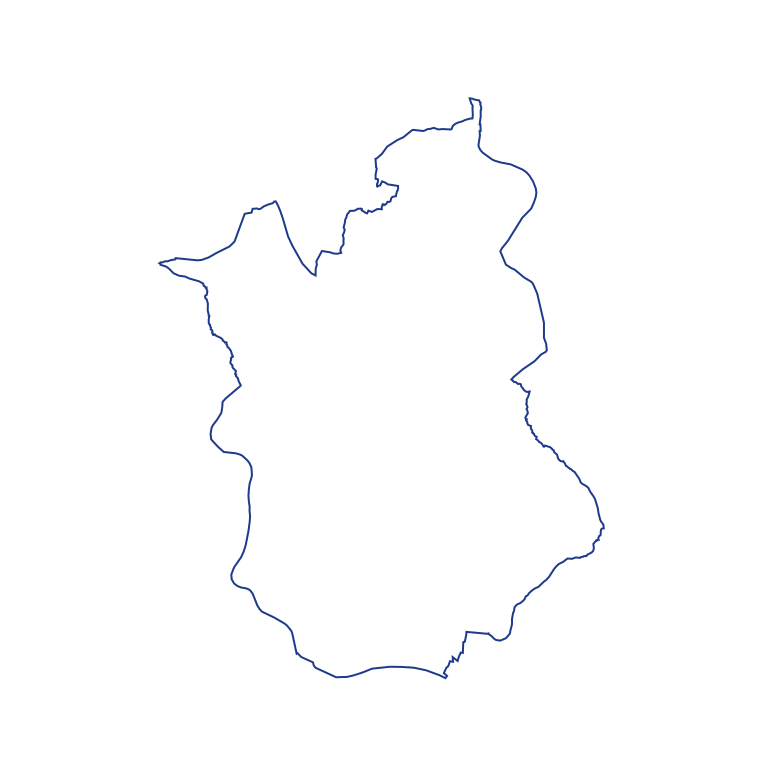 Phra Thong Kham, Nakhon Ratchasima, Thailand, rotated 191°
{"feature_id": "78962969B71557232877153", "entity_name": "Phra Thong Kham", "entity_type": "district", "adm_level": 2, "iso_a3": "THA", "parent_name": "Thailand", "parent_adm1": "Nakhon Ratchasima", "projection": "natural_earth1", "projection_center": [101.984, 15.343], "detail": "fine", "context": "isolated", "style": "outline", "palette": "blue", "viewbox_px": 768, "rotation_deg": 191, "n_neighbors": 0, "source": "geoboundaries", "source_scale": "gbopen_adm2", "svg_char_len": 6146}
<svg xmlns="http://www.w3.org/2000/svg" viewBox="0 0 768 768"><g transform="rotate(191 384 384)"><path d="M145.3,270.7L144.5,271.7L143.5,272.0L144.2,273.2L144.2,274.1L143.7,276.0L142.9,276.5L142.5,277.3L143.0,279.7L143.1,282.8L142.2,283.7L140.7,284.2L141.9,287.9L144.8,290.5L145.9,292.1L148.7,298.0L150.5,303.0L154.8,311.1L156.8,313.6L160.9,317.5L163.6,321.0L165.8,322.3L170.5,323.9L172.1,324.9L174.2,328.2L180.0,333.9L182.1,334.7L184.0,336.0L185.1,336.0L185.6,336.6L186.9,337.0L188.5,338.1L189.6,338.2L191.6,340.9L192.4,341.4L193.3,342.5L194.5,341.9L196.1,342.1L197.4,342.8L198.9,344.1L200.6,347.6L204.1,349.7L204.8,351.4L206.2,351.7L206.6,352.4L208.9,353.7L214.2,354.3L214.7,353.1L215.4,353.0L217.5,355.4L219.3,356.4L220.7,356.7L222.0,358.0L224.2,358.9L224.0,361.2L226.1,361.9L227.3,363.7L227.9,363.7L228.2,364.4L229.3,364.7L229.2,365.4L229.8,366.9L230.9,367.6L231.6,369.3L231.6,370.7L234.8,371.4L235.9,373.0L236.3,374.4L237.6,375.3L237.1,376.6L238.1,376.8L238.7,377.7L238.8,378.4L237.2,382.9L238.4,385.6L239.3,386.5L238.7,388.4L239.3,389.9L240.6,391.4L240.3,392.9L241.0,395.8L240.0,399.4L239.6,404.4L242.0,403.5L243.0,403.6L245.9,405.0L246.2,405.7L248.8,407.8L249.6,409.8L250.8,410.1L252.4,409.6L254.8,411.0L256.7,410.7L257.8,411.6L258.3,411.7L258.9,412.5L259.8,412.7L258.1,415.6L250.5,425.0L240.4,435.3L235.5,442.9L231.3,446.5L230.6,448.1L232.5,454.4L235.8,459.9L238.7,474.7L250.8,501.9L255.8,509.3L257.2,511.1L258.8,512.4L266.6,515.2L277.6,521.2L281.0,522.0L287.1,524.4L295.1,536.4L294.3,539.4L289.5,548.6L280.0,573.6L273.0,584.2L271.5,590.8L270.7,596.7L270.9,600.7L272.2,604.7L276.4,611.4L281.2,616.5L284.8,619.1L288.8,620.9L301.7,623.8L311.6,623.7L317.8,624.3L320.7,625.0L331.4,630.0L334.4,632.4L336.4,635.3L336.9,636.8L337.2,646.0L338.4,650.5L337.4,650.8L338.9,657.3L339.7,657.2L340.1,664.9L341.3,671.1L341.0,671.6L341.3,673.9L342.8,676.9L342.9,678.5L343.5,678.7L344.7,680.5L349.7,680.5L352.1,681.0L354.4,680.7L351.9,676.1L350.0,674.1L349.8,671.8L348.2,665.3L347.8,661.6L350.5,660.8L354.6,658.7L357.7,656.5L361.1,654.8L363.7,652.9L365.4,651.0L366.0,649.3L366.2,647.3L367.0,646.6L375.3,645.4L379.0,644.3L384.1,644.9L387.6,643.1L390.1,642.4L392.3,640.6L394.0,639.8L403.5,639.1L404.9,638.5L412.0,630.0L417.7,625.8L426.2,617.6L429.9,609.6L434.0,604.3L435.3,603.4L433.1,595.2L432.2,594.2L432.2,587.9L431.4,583.8L429.3,583.9L428.8,583.5L428.6,580.2L429.0,579.1L428.6,576.8L428.2,576.5L427.5,577.4L425.6,578.2L424.5,582.6L421.1,581.9L418.4,580.7L408.0,581.1L407.5,578.8L407.5,576.5L407.9,576.1L408.1,575.0L408.2,570.5L409.5,570.2L411.8,568.9L412.4,567.5L412.5,564.6L413.6,563.7L415.4,563.5L415.9,561.6L416.9,560.4L417.9,559.7L418.3,560.3L419.6,560.2L420.0,557.0L419.5,555.1L423.9,554.5L428.7,550.6L432.4,551.2L433.1,548.3L434.3,548.4L439.1,550.3L439.1,551.6L439.8,551.8L443.5,550.9L444.1,549.9L446.6,548.3L450.6,547.4L451.0,546.1L452.5,543.6L452.8,540.0L453.4,538.0L453.2,534.1L453.5,530.6L453.4,529.8L452.1,528.1L452.0,526.0L452.8,522.0L451.4,519.3L451.2,517.2L450.5,514.2L450.5,512.9L451.9,510.4L452.3,508.3L452.3,506.7L451.0,504.6L454.8,502.9L458.5,502.5L461.9,503.0L470.3,502.7L473.8,491.4L472.7,488.5L473.0,483.9L471.9,477.5L476.4,478.8L487.0,486.6L500.5,502.5L506.3,510.5L514.8,527.0L518.7,533.8L522.2,539.1L525.1,542.6L526.5,542.2L527.7,540.3L532.4,537.8L535.8,535.5L538.9,532.2L540.3,531.7L542.1,532.1L546.4,530.9L546.7,527.0L553.2,524.5L557.9,495.3L561.9,489.5L573.5,480.6L580.5,474.6L586.7,471.0L590.7,469.8L612.5,467.8L612.4,466.9L613.0,466.3L616.0,465.3L620.3,463.0L622.5,462.6L624.8,461.0L626.6,460.8L627.3,459.8L626.6,459.8L626.2,458.4L620.4,457.7L617.3,456.4L611.8,452.6L605.9,451.2L599.6,451.5L595.2,450.4L585.1,449.5L580.5,448.0L580.2,446.8L579.6,445.9L578.3,445.6L577.5,444.4L576.6,444.8L576.1,442.9L575.1,441.5L575.0,439.1L575.1,437.5L576.2,436.8L576.5,435.8L575.5,433.9L574.2,433.3L572.2,429.3L571.1,422.6L569.2,418.4L569.2,417.7L568.4,417.5L568.4,413.9L567.6,410.2L566.8,409.2L566.1,409.0L565.6,407.3L564.6,406.4L564.5,404.5L562.9,404.0L562.4,402.8L562.7,401.6L561.6,400.8L561.5,400.0L560.9,399.4L560.6,399.5L560.4,400.4L559.4,400.4L558.2,399.4L552.7,398.0L550.8,396.7L550.4,395.7L548.3,394.9L548.1,394.4L546.8,394.8L546.3,394.5L546.3,392.9L545.5,392.4L544.7,390.5L543.2,389.8L540.6,387.3L538.6,383.4L537.6,382.5L537.7,381.6L538.7,381.3L539.2,379.8L538.7,379.0L539.0,376.5L538.6,375.0L536.1,373.1L536.1,371.9L535.6,371.1L531.8,368.5L532.0,365.4L530.9,365.0L531.0,363.7L528.6,361.8L527.0,358.7L524.4,355.5L524.5,354.8L536.8,339.4L539.0,335.6L538.3,329.8L538.2,324.5L541.1,316.9L544.0,311.1L544.9,308.1L544.7,302.0L543.1,296.8L542.1,295.9L535.0,290.7L528.3,286.7L516.0,287.7L512.0,287.3L509.5,286.6L503.6,283.0L501.0,280.7L498.5,277.2L497.8,275.3L496.2,269.2L496.3,266.1L496.9,260.6L496.5,254.3L495.7,248.4L494.2,242.7L492.5,238.0L491.8,233.9L490.2,228.5L489.6,223.7L489.0,213.9L489.0,199.9L489.6,193.6L491.2,186.7L496.0,175.9L496.6,173.4L497.5,167.8L496.3,163.3L493.0,159.5L489.2,157.7L485.8,157.0L481.1,157.1L478.6,156.8L476.1,156.0L472.9,153.1L466.2,142.6L463.2,139.3L460.2,137.2L446.9,133.7L436.0,129.9L433.3,128.5L427.8,123.9L426.3,121.3L418.3,102.6L417.6,103.3L413.1,100.2L400.6,97.2L399.3,94.4L398.0,93.1L396.7,92.3L375.0,87.0L364.1,89.5L358.0,92.3L350.2,96.6L341.4,102.3L324.5,107.5L313.0,109.6L300.6,111.2L288.0,111.0L273.8,108.7L267.5,107.0L266.4,109.5L270.1,111.6L268.6,117.4L267.1,119.3L266.3,124.5L263.2,124.5L264.5,129.0L258.9,126.2L258.5,130.6L257.4,135.0L255.3,135.1L256.9,145.6L256.7,146.0L255.7,146.2L255.5,146.6L255.4,153.8L255.8,156.4L235.1,158.5L233.8,159.1L233.5,158.5L230.4,157.1L227.0,154.8L225.2,154.1L220.9,154.3L215.7,157.8L212.8,163.0L212.9,166.3L212.5,171.4L212.8,174.5L213.5,177.4L213.6,184.2L213.1,185.4L213.2,189.7L212.2,191.7L211.1,193.1L208.2,195.1L205.8,198.1L204.9,199.8L204.3,202.7L202.8,203.8L201.5,206.7L199.2,209.7L196.9,212.1L193.6,214.4L189.2,220.7L187.5,222.4L185.2,226.1L181.6,235.2L180.2,237.7L178.1,240.6L174.2,243.6L170.6,247.7L166.0,248.3L162.7,250.3L158.3,250.8L157.5,251.8L155.7,252.4L154.7,253.3L152.7,253.6L152.1,254.3L151.8,255.3L148.2,258.0L146.9,259.9L146.6,261.8L147.0,264.1L148.0,266.9L145.8,271.0L145.3,270.7Z" fill="none" stroke="#1e3a8a" stroke-width="2"/></g></svg>